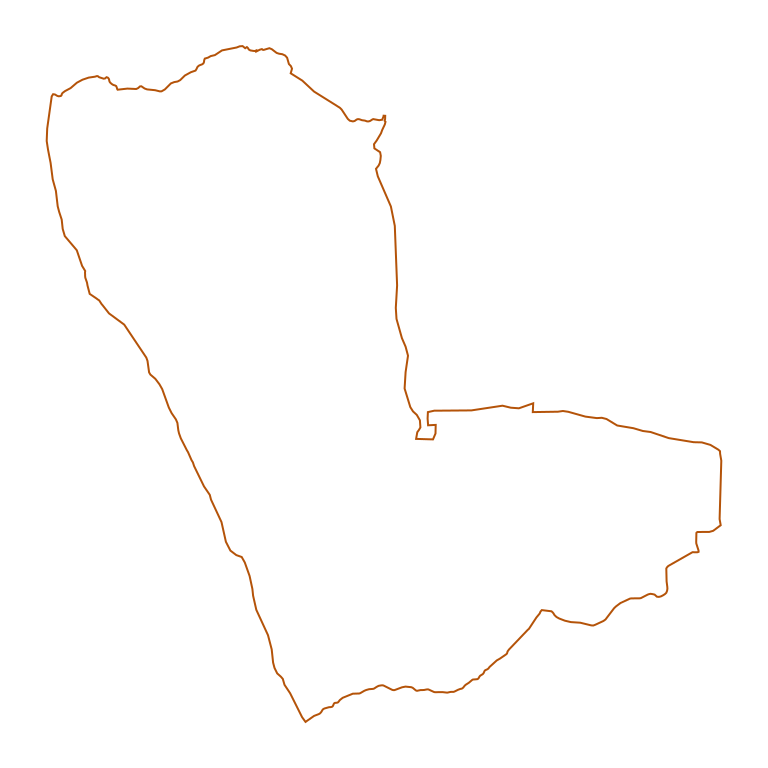 SVG path tracing the border of Kunene
{"feature_id": "NAM-3347", "entity_name": "Kunene", "entity_type": "Region", "adm_level": 1, "iso_a3": "NAM", "parent_name": "Namibia", "parent_adm1": "", "projection": "natural_earth1", "projection_center": [13.973, -19.069], "detail": "fine", "context": "isolated", "style": "outline", "palette": "amber", "viewbox_px": 768, "rotation_deg": 0, "n_neighbors": 0, "source": "natural_earth", "source_scale": "10m", "svg_char_len": 4951}
<svg xmlns="http://www.w3.org/2000/svg" viewBox="0 0 768 768"><path d="M242.6,46.1L245.2,48.2L246.9,47.1L247.9,48.0L248.8,49.5L250.3,50.4L253.3,50.9L254.9,51.0L256.3,50.4L256.3,51.5L259.8,49.7L261.9,49.1L262.8,49.8L263.7,49.9L267.0,48.9L269.4,48.2L271.8,49.2L276.6,52.9L279.0,53.7L282.3,54.2L285.1,55.5L287.1,57.7L288.9,64.0L290.9,66.1L292.0,68.7L290.7,73.3L302.3,80.6L314.1,91.6L327.2,99.8L339.9,107.8L341.6,109.5L347.8,118.9L349.8,120.7L352.9,121.4L354.6,121.0L356.7,119.5L358.0,119.1L359.5,119.3L362.0,120.2L364.9,120.6L367.1,121.4L368.7,121.4L370.2,120.9L372.3,119.5L373.2,119.1L379.2,120.2L382.2,119.7L383.5,116.5L383.6,115.7L385.2,115.8L385.1,119.1L384.6,120.7L385.5,121.8L384.8,124.5L382.2,130.0L381.0,133.3L376.7,140.5L374.0,144.2L374.4,148.4L380.1,152.2L380.8,155.9L380.4,160.0L379.8,163.1L378.6,165.6L376.0,168.8L377.8,176.3L390.9,206.5L394.8,225.9L397.1,285.4L395.8,307.9L396.5,318.9L401.9,338.1L405.6,346.7L408.0,355.7L405.6,372.1L404.6,388.5L410.3,407.1L413.0,411.4L416.8,414.9L419.9,420.3L420.4,427.4L418.9,430.0L417.3,432.2L416.1,438.9L433.0,439.4L435.5,433.5L435.7,424.9L428.1,425.3L427.6,418.5L427.9,412.1L434.2,410.7L471.4,410.4L502.5,405.7L510.8,407.7L518.9,408.3L533.2,403.3L532.8,412.1L558.0,411.7L562.9,411.0L568.3,411.8L585.4,416.6L596.8,418.1L601.8,417.8L606.5,419.0L617.2,425.5L633.4,428.2L642.9,431.0L650.6,432.0L668.7,438.1L693.7,442.2L701.8,442.4L710.4,444.9L718.4,449.7L720.0,451.2L720.1,453.7L721.3,460.7L719.6,519.1L720.7,525.2L713.2,530.8L709.4,531.9L697.5,532.0L696.8,532.4L696.4,532.9L696.2,541.9L696.3,543.5L698.5,550.4L698.6,551.8L697.7,552.2L696.5,552.3L692.5,552.2L668.4,565.9L667.0,567.3L666.3,568.5L666.6,581.4L667.3,586.9L667.4,588.7L667.1,590.7L666.3,592.8L664.8,594.2L662.9,595.4L660.9,596.4L658.9,596.9L656.9,596.7L654.6,594.6L652.5,594.1L650.5,593.8L648.8,594.2L647.7,594.6L640.9,598.1L639.6,598.3L631.3,598.4L630.0,598.6L620.5,603.0L616.0,606.4L614.1,608.2L605.5,619.5L603.4,621.0L595.2,624.8L593.3,625.5L591.3,625.4L580.2,622.7L570.9,622.1L564.9,620.7L559.2,618.5L556.5,617.0L554.5,615.1L553.5,613.4L552.6,612.3L551.5,611.3L541.8,610.1L540.5,611.6L539.7,613.5L536.4,617.5L528.9,628.9L527.8,629.8L509.0,649.5L507.6,651.4L507.0,653.5L506.2,654.3L499.8,658.7L496.8,660.4L489.6,666.9L488.4,668.5L487.5,669.2L485.3,670.2L484.8,670.6L484.5,671.1L483.6,673.1L483.0,673.9L482.2,674.5L481.3,675.0L480.1,675.8L479.4,676.7L478.8,677.9L478.2,678.6L477.6,679.1L476.0,679.3L473.3,679.5L472.7,679.6L472.1,680.0L468.8,682.8L465.8,684.7L464.7,685.7L463.3,687.5L462.4,688.3L461.6,688.7L460.4,688.9L458.0,689.8L454.6,691.5L453.5,691.9L450.8,691.9L449.6,692.1L447.6,692.6L446.7,692.6L442.5,692.1L435.0,692.2L434.0,692.0L429.0,689.7L428.2,689.4L427.1,689.4L425.9,689.6L424.0,690.0L420.4,690.1L417.1,690.8L416.2,690.6L415.6,690.2L412.7,687.8L412.0,687.5L411.3,687.2L405.5,686.6L402.0,687.3L395.1,689.9L394.4,690.1L393.5,690.1L392.7,690.0L391.9,689.7L383.5,685.5L382.4,685.3L381.1,685.4L378.8,685.8L377.5,686.4L376.3,687.1L374.8,688.1L373.8,688.7L372.9,688.9L369.1,689.2L366.2,690.0L364.3,690.8L360.7,692.9L359.7,693.4L358.9,693.5L352.8,693.7L342.7,697.8L339.9,700.0L338.1,702.3L337.1,702.7L334.9,702.9L334.2,703.3L333.7,704.1L333.3,705.1L332.7,706.3L332.0,706.8L330.7,707.1L329.0,707.2L324.4,708.5L323.3,709.1L322.7,709.6L321.2,712.1L320.0,713.4L318.8,714.1L314.1,715.9L305.5,721.9L302.1,717.2L290.1,693.2L284.5,684.8L282.8,678.9L280.9,676.7L277.2,673.4L274.5,667.9L273.1,662.6L271.7,649.4L268.0,635.2L256.3,609.8L253.1,595.7L252.4,589.0L249.6,576.0L244.8,562.5L241.7,557.0L236.3,555.1L230.4,550.6L225.9,541.8L221.5,522.1L211.0,499.6L209.8,494.9L204.0,486.4L194.1,466.1L192.9,462.4L191.5,460.1L188.0,452.1L186.9,450.3L180.8,438.3L179.0,433.3L178.3,430.2L177.4,422.9L175.9,419.4L171.6,413.1L168.8,407.5L162.2,389.1L159.4,384.2L155.3,378.8L150.4,374.6L149.1,372.4L147.5,360.9L146.3,357.6L124.2,324.6L109.0,313.4L102.4,305.0L101.6,304.1L99.2,300.4L97.8,299.5L96.5,298.5L89.7,293.9L87.5,285.5L87.0,282.6L85.3,277.7L85.1,275.8L85.1,274.2L85.0,272.6L85.2,271.0L82.1,265.9L76.8,250.3L75.9,249.2L64.8,236.1L62.7,228.9L61.7,219.6L59.2,212.0L57.7,206.3L55.9,190.9L52.7,179.3L50.6,162.9L49.0,154.7L48.0,149.5L46.7,141.0L47.2,128.5L51.7,96.4L53.1,94.2L55.0,94.5L57.3,95.9L58.8,96.3L60.8,96.0L61.5,95.3L61.7,94.3L62.5,93.0L65.0,91.1L70.6,88.1L76.9,82.7L82.5,79.7L88.7,77.6L94.9,76.7L95.9,76.4L96.7,76.1L97.7,76.1L99.1,77.2L103.7,78.7L105.2,78.4L106.0,77.6L106.6,77.2L107.9,77.7L108.7,78.6L109.1,79.6L109.3,80.9L109.8,82.1L110.6,83.0L111.9,84.1L113.4,85.0L114.9,85.4L116.2,86.1L116.8,87.6L117.2,89.1L117.6,89.7L127.4,88.6L136.2,89.0L138.1,88.1L140.0,86.4L141.4,86.3L144.6,88.5L147.1,89.4L155.1,90.2L159.9,91.4L161.6,91.3L164.9,89.4L170.9,83.4L174.2,82.1L177.6,81.5L180.2,80.1L184.9,75.5L190.9,72.2L195.5,70.6L196.4,69.2L197.5,66.9L198.8,65.7L199.8,65.2L202.2,64.3L203.4,63.4L204.0,62.0L204.2,60.2L204.8,58.6L208.1,57.6L210.7,56.1L214.9,55.1L222.0,50.4L236.6,47.5L239.7,46.3L242.6,46.1Z" fill="none" stroke="#b45309" stroke-width="2"/></svg>